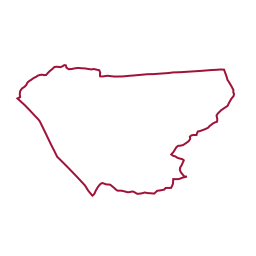 North Mugirango, Nyanza, Kenya (Albers equal-area conic projection), rotated 266°
{"feature_id": "3690345B98609233443148", "entity_name": "North Mugirango", "entity_type": "district", "adm_level": 2, "iso_a3": "KEN", "parent_name": "Kenya", "parent_adm1": "Nyanza", "projection": "albers", "projection_center": [34.989, -0.504], "detail": "fine", "context": "isolated", "style": "outline", "palette": "rose", "viewbox_px": 256, "rotation_deg": 266, "n_neighbors": 0, "source": "geoboundaries", "source_scale": "gbopen_adm2", "svg_char_len": 2535}
<svg xmlns="http://www.w3.org/2000/svg" viewBox="0 0 256 256"><g transform="rotate(266 128 128)"><path d="M180.2,119.4L180.3,117.7L180.7,115.7L181.2,112.9L181.5,111.4L181.5,110.4L181.3,107.7L181.2,106.7L181.2,105.7L181.5,103.8L183.1,103.7L185.1,104.1L187.6,103.4L187.9,102.4L188.4,100.7L189.2,98.2L189.0,95.3L189.7,92.4L190.1,90.7L190.5,88.8L190.8,86.2L191.1,84.3L191.4,82.4L191.3,80.1L191.2,78.7L190.8,76.3L190.8,74.8L190.8,72.9L192.5,70.8L194.8,70.4L195.2,68.8L194.4,67.6L193.4,65.0L194.1,61.1L194.0,58.9L192.3,56.9L190.3,54.0L188.6,52.0L187.5,50.9L186.6,50.0L186.6,47.8L187.2,46.1L187.0,43.6L186.5,41.5L185.5,40.1L184.8,38.2L184.4,37.4L184.0,36.6L182.7,34.6L181.7,32.7L181.0,31.6L180.1,30.7L177.7,29.3L176.1,27.3L174.9,25.1L172.8,23.3L171.6,22.8L169.2,22.4L166.3,22.5L165.2,19.8L157.8,26.8L152.2,31.5L147.1,35.6L143.4,38.7L141.3,40.2L139.3,41.1L129.4,45.1L125.6,46.6L116.5,50.2L110.5,52.8L104.3,55.3L99.2,59.8L93.9,64.4L90.0,67.7L83.3,73.3L78.9,76.9L78.1,77.5L76.3,79.0L73.5,81.2L68.3,83.9L63.0,87.7L64.1,89.3L65.1,90.1L67.8,91.5L70.3,93.2L71.4,94.0L73.0,95.5L74.3,96.9L74.9,98.6L73.3,102.3L72.7,106.3L69.5,109.7L66.9,112.2L66.3,113.1L66.1,114.2L66.0,116.8L65.1,119.9L64.0,122.9L63.9,125.1L64.2,126.3L64.3,128.4L63.7,129.7L62.4,131.5L61.7,132.7L61.7,135.3L61.8,136.6L62.1,138.6L62.5,140.1L61.7,143.1L61.5,144.2L61.4,145.6L60.9,148.5L60.8,149.6L62.1,151.2L63.3,152.7L63.4,153.8L63.5,155.8L63.7,157.2L64.0,159.8L64.6,160.4L65.5,161.3L65.5,163.4L65.3,165.3L65.3,166.9L69.1,168.9L71.9,169.3L73.9,169.6L73.6,172.3L73.5,174.9L73.9,176.6L74.7,179.1L75.4,183.4L75.6,181.1L76.4,180.3L78.0,179.1L80.2,177.6L82.6,176.8L85.0,177.3L86.8,178.7L88.3,179.5L89.9,180.4L91.9,181.4L93.1,180.1L93.8,177.9L94.7,175.4L96.4,173.2L97.3,170.7L98.6,169.3L100.6,171.4L102.6,172.9L105.2,174.7L106.7,176.6L106.7,178.8L107.1,181.7L109.9,186.5L111.1,188.1L113.0,189.3L115.0,189.1L116.2,190.7L116.5,192.8L116.2,195.8L118.2,196.6L119.7,197.5L119.8,199.1L120.6,201.9L121.3,204.3L122.0,206.3L122.8,208.1L124.1,209.3L125.2,211.0L126.3,212.5L127.4,214.8L128.1,217.3L130.6,217.7L134.3,217.2L136.2,218.6L139.2,222.1L141.5,226.0L143.2,229.0L145.7,230.3L150.2,233.3L152.3,235.4L154.4,236.2L156.3,235.5L158.7,235.8L160.3,235.0L162.5,234.1L164.6,233.0L167.0,231.8L169.1,230.6L172.0,230.0L174.3,229.4L176.6,228.7L179.5,227.9L179.9,224.6L179.9,219.8L180.0,214.8L179.9,206.6L179.9,202.8L180.0,184.9L180.1,181.7L180.3,176.8L180.0,171.8L180.0,162.6L180.0,157.1L180.3,151.1L180.0,137.5L180.0,133.6L179.8,126.0L180.2,119.4Z" fill="none" stroke="#9f1239" stroke-width="2"/></g></svg>